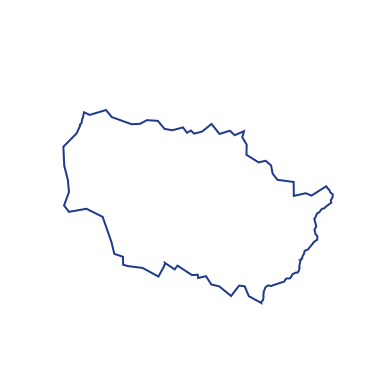 the district of Haywood, North Carolina, United States of America, rotated 141°
{"feature_id": "52423323B65247392842469", "entity_name": "Haywood", "entity_type": "district", "adm_level": 2, "iso_a3": "USA", "parent_name": "United States of America", "parent_adm1": "North Carolina", "projection": "mercator", "projection_center": [-83.035, 35.542], "detail": "fine", "context": "isolated", "style": "outline", "palette": "blue", "viewbox_px": 384, "rotation_deg": 141, "n_neighbors": 0, "source": "geoboundaries", "source_scale": "gbopen_adm2", "svg_char_len": 1858}
<svg xmlns="http://www.w3.org/2000/svg" viewBox="0 0 384 384"><g transform="rotate(141 192 192)"><path d="M208.0,62.1L207.5,63.0L205.1,63.2L203.1,64.7L201.4,66.9L199.0,69.3L195.6,71.4L194.0,71.8L191.6,71.5L189.7,69.1L187.0,68.3L176.9,64.4L175.6,64.7L174.2,65.4L173.6,65.4L172.7,65.2L171.7,64.2L170.0,63.2L167.6,63.9L166.2,64.7L165.2,64.8L161.7,63.9L160.9,63.0L159.0,63.3L156.2,65.2L155.9,66.3L151.1,70.3L149.9,71.0L149.8,70.9L149.9,71.0L149.0,70.8L148.0,71.2L147.9,71.6L145.5,73.0L144.2,73.3L141.4,75.4L138.2,74.4L130.1,76.0L129.6,76.4L127.1,76.4L124.9,76.1L123.9,76.9L122.5,78.7L122.3,79.3L122.6,81.5L120.3,85.9L119.6,86.0L117.2,87.0L115.8,89.7L115.2,91.4L113.7,94.3L112.6,94.4L108.4,96.6L107.6,96.7L106.1,96.1L101.5,97.2L100.5,96.5L99.2,96.1L98.1,96.3L94.1,96.3L90.5,96.0L89.8,97.6L89.3,98.2L86.0,99.5L84.2,101.5L84.2,102.1L84.6,103.5L84.7,105.0L84.3,106.2L83.9,107.9L84.3,109.1L84.1,112.0L101.4,114.0L104.4,119.5L115.3,124.9L106.7,135.8L117.9,147.7L117.8,155.5L113.8,162.9L115.2,170.0L121.6,173.1L126.3,186.6L119.7,194.4L118.5,202.9L113.4,206.5L123.1,209.3L124.0,215.8L134.1,219.8L134.0,232.6L146.1,232.6L153.6,236.0L154.1,240.4L158.6,241.2L158.4,247.9L168.5,252.4L173.6,258.3L173.8,268.8L181.8,276.2L189.5,277.7L196.3,282.7L207.2,300.7L207.2,309.8L223.0,316.3L225.7,321.9L230.1,318.4L231.1,318.1L231.7,317.4L232.5,316.9L234.8,314.9L236.7,314.9L237.2,314.0L244.7,310.2L263.5,308.1L274.7,292.9L280.8,279.7L281.0,279.3L287.6,269.4L299.9,262.1L300.1,254.0L284.6,245.4L277.1,228.9L286.1,203.8L291.3,192.8L286.4,185.1L291.3,178.8L288.1,174.3L288.0,174.2L287.9,174.2L278.1,164.0L271.3,147.4L261.1,151.6L260.8,151.8L257.8,153.5L257.8,153.8L257.7,154.0L254.2,142.8L249.6,143.9L244.3,127.4L239.6,124.1L241.4,121.3L234.1,117.8L235.2,108.0L230.2,101.5L227.1,86.6L214.3,89.6L210.4,85.6L213.4,75.3L208.0,62.1Z" fill="none" stroke="#1e3a8a" stroke-width="2"/></g></svg>